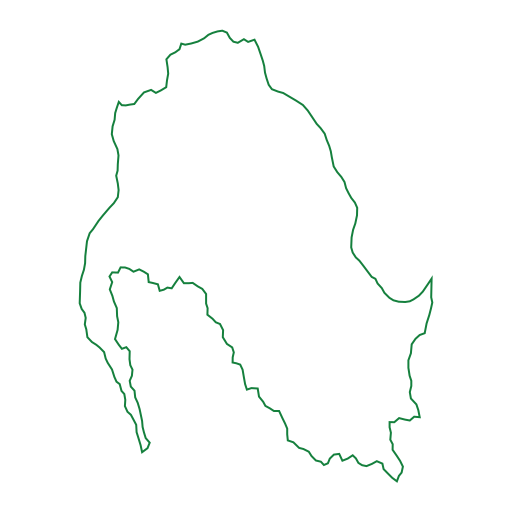 outline of Maragogipe, Bahia, Brazil
{"feature_id": "56859067B10355706610278", "entity_name": "Maragogipe", "entity_type": "district", "adm_level": 2, "iso_a3": "BRA", "parent_name": "Brazil", "parent_adm1": "Bahia", "projection": "equal_earth", "projection_center": [-38.951, -12.825], "detail": "fine", "context": "isolated", "style": "outline", "palette": "green", "viewbox_px": 512, "rotation_deg": 0, "n_neighbors": 0, "source": "geoboundaries", "source_scale": "gbopen_adm2", "svg_char_len": 3630}
<svg xmlns="http://www.w3.org/2000/svg" viewBox="0 0 512 512"><path d="M254.5,39.7L248.1,41.9L243.9,39.2L237.8,42.8L233.4,41.7L229.8,37.9L226.9,32.6L222.3,30.7L217.6,31.4L212.6,32.9L208.4,34.8L204.1,38.3L197.8,41.6L191.2,43.5L185.2,44.7L181.3,43.6L179.5,49.2L175.3,52.3L170.4,54.7L166.4,59.3L167.6,67.2L168.2,73.7L167.0,80.4L166.2,87.2L160.7,90.5L155.9,92.9L151.1,89.9L144.0,92.4L138.1,98.9L134.3,104.0L129.9,104.6L125.8,105.4L121.8,105.2L118.8,101.9L116.7,108.1L115.2,113.0L114.6,119.8L112.6,126.3L111.8,134.2L113.7,141.0L117.4,149.1L118.5,155.4L117.8,164.3L117.6,170.6L116.2,175.7L117.8,183.5L118.6,190.1L117.8,197.2L113.8,203.2L109.7,207.5L106.7,211.0L103.1,215.2L98.6,220.8L93.0,229.2L89.7,233.2L87.0,241.2L85.3,256.1L85.1,263.2L83.9,269.8L81.9,275.9L80.3,282.6L80.1,291.1L79.7,303.3L81.7,309.0L84.5,312.8L85.7,317.9L84.8,324.4L86.3,329.4L87.4,337.2L91.9,342.0L96.3,344.8L99.5,347.4L104.1,352.1L105.7,358.6L107.7,362.8L112.0,369.5L114.4,377.0L116.5,381.7L119.7,384.1L121.5,390.9L124.3,394.0L125.3,399.9L124.9,406.1L127.5,411.8L130.9,414.8L133.2,419.1L136.2,424.8L136.6,432.2L138.4,437.9L140.6,445.2L142.1,452.2L147.5,448.2L149.7,442.7L145.7,438.1L143.9,432.2L142.6,427.0L142.1,421.0L140.8,414.8L139.6,409.1L137.7,402.8L135.2,397.4L134.5,390.7L130.8,386.6L129.7,380.8L131.9,375.8L132.5,369.7L130.3,365.2L129.5,359.2L129.7,351.2L126.3,347.2L121.9,348.8L118.8,344.8L115.0,339.1L117.6,329.9L118.3,322.3L117.1,316.2L116.8,308.1L113.9,301.4L112.4,295.9L109.8,289.4L112.2,282.1L109.5,276.5L112.2,272.4L118.0,272.6L120.6,267.4L125.1,267.5L129.3,268.9L133.5,271.7L139.2,269.4L143.8,271.7L147.9,274.3L148.7,282.1L152.5,282.9L157.9,284.3L159.7,290.8L163.8,289.7L167.4,287.6L171.7,288.3L175.3,282.9L179.5,277.0L183.9,283.2L188.8,283.2L192.7,282.9L197.8,286.4L202.3,288.9L206.1,294.0L206.1,303.6L207.6,308.2L207.4,314.7L212.5,318.7L215.8,322.3L220.0,324.0L223.1,330.1L222.8,337.2L226.9,343.9L232.2,347.4L233.8,352.4L232.7,357.3L232.6,362.5L236.4,363.3L240.2,364.6L242.6,369.7L243.8,376.8L245.1,384.1L246.9,389.6L251.4,388.1L257.7,388.5L259.0,396.6L263.2,401.8L265.4,405.9L269.8,408.3L273.9,411.0L279.1,411.0L282.4,418.1L285.1,423.6L287.2,428.6L287.2,434.3L287.8,440.4L293.4,442.3L299.1,447.9L303.4,449.0L308.8,451.7L311.5,456.0L315.9,460.5L320.9,461.7L323.9,465.0L327.9,463.3L329.8,458.6L333.9,454.6L339.2,453.9L342.4,460.7L347.7,458.6L352.7,455.3L355.9,458.4L358.4,462.9L362.1,465.2L366.5,466.1L371.9,463.9L376.8,461.2L382.4,463.6L383.6,469.1L387.8,473.4L392.2,477.8L396.9,481.3L398.9,475.9L401.6,472.6L402.9,466.6L400.1,460.9L396.7,455.7L392.6,449.8L392.7,444.2L390.3,439.7L390.9,432.7L389.6,427.3L389.6,422.1L394.3,422.2L399.1,418.1L405.0,419.6L409.8,420.5L414.2,416.7L419.7,417.2L418.3,410.1L416.4,404.4L410.9,398.5L409.8,392.1L411.3,386.0L411.3,380.8L409.6,375.7L408.4,367.8L408.4,360.3L410.9,353.3L411.7,344.3L415.5,338.8L419.7,335.0L424.7,333.2L426.6,323.4L429.3,315.0L431.0,308.4L432.3,302.5L431.2,297.3L431.6,278.6L428.0,284.0L422.8,291.6L418.9,295.7L413.5,299.4L409.8,301.3L405.2,302.0L398.7,301.7L393.4,300.3L389.4,297.8L384.4,292.8L381.8,288.1L377.6,283.5L375.4,278.8L371.7,276.9L367.4,271.2L363.2,265.6L359.4,260.7L355.8,257.4L352.7,252.6L351.2,247.4L351.6,237.4L353.1,229.8L355.3,223.5L357.0,215.4L357.2,207.8L354.9,202.6L351.3,198.0L348.7,193.4L346.1,188.2L344.5,182.0L341.3,176.9L337.3,172.2L333.7,166.5L331.8,157.2L330.8,151.3L329.2,145.9L326.7,139.9L324.7,133.7L320.5,128.0L316.7,123.9L312.7,117.9L307.8,110.6L302.9,105.0L295.9,100.5L288.6,96.2L283.2,93.0L278.1,91.6L271.9,89.2L268.7,84.8L266.6,78.5L265.0,72.6L264.2,66.0L262.8,60.7L260.8,54.7L258.1,46.8L254.5,39.7Z" fill="none" stroke="#15803d" stroke-width="2"/></svg>